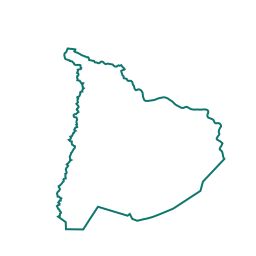 Dom Inocêncio, Piauí, Brazil (Robinson projection), rotated 255°
{"feature_id": "56859067B88808375837925", "entity_name": "Dom Inocêncio", "entity_type": "district", "adm_level": 2, "iso_a3": "BRA", "parent_name": "Brazil", "parent_adm1": "Piauí", "projection": "robinson", "projection_center": [-41.762, -8.923], "detail": "fine", "context": "isolated", "style": "outline", "palette": "teal", "viewbox_px": 256, "rotation_deg": 255, "n_neighbors": 0, "source": "geoboundaries", "source_scale": "gbopen_adm2", "svg_char_len": 4370}
<svg xmlns="http://www.w3.org/2000/svg" viewBox="0 0 256 256"><g transform="rotate(255 128 128)"><path d="M60.5,37.5L53.2,43.5L46.3,41.9L41.6,58.5L49.1,66.7L59.7,78.6L43.4,104.9L44.5,107.5L39.1,108.6L36.0,112.9L35.8,120.2L35.6,123.5L35.7,129.2L36.3,134.6L36.8,138.8L38.4,150.8L42.9,164.5L47.2,177.6L48.5,181.7L56.8,186.5L60.9,193.2L73.2,213.1L74.1,212.7L75.7,212.5L77.0,212.6L79.0,212.8L81.1,212.7L83.5,211.1L84.5,211.4L85.1,211.8L86.7,213.7L88.7,215.3L89.4,214.9L91.1,213.7L93.5,211.3L94.1,210.9L94.9,210.9L96.2,212.1L98.0,214.3L98.7,214.7L100.2,214.7L101.0,214.7L102.7,215.6L104.5,217.1L104.9,217.7L105.5,218.3L106.2,218.5L107.0,218.4L107.9,218.1L108.9,217.3L109.4,216.4L109.7,214.5L110.0,213.7L110.7,213.1L113.3,212.7L114.4,212.1L115.8,210.2L117.1,208.5L117.6,208.0L118.9,207.8L120.1,208.1L121.2,208.8L121.7,209.2L122.7,209.7L123.8,209.8L124.9,209.2L125.8,207.7L126.4,205.9L126.6,204.3L127.0,202.7L128.2,198.7L128.5,197.1L129.0,195.7L129.5,194.5L130.4,193.1L132.9,190.8L133.4,189.6L133.1,186.7L133.4,185.3L134.0,184.4L135.3,183.2L136.0,182.3L137.8,180.4L138.8,179.6L142.0,177.7L142.6,177.3L144.2,175.7L146.2,174.1L147.4,172.6L147.9,171.8L148.5,170.0L148.8,165.4L148.4,162.2L148.3,160.3L148.4,159.4L148.9,154.8L149.3,153.0L149.8,151.8L150.5,151.1L151.8,150.8L154.3,150.6L158.3,151.2L159.2,151.0L160.1,150.8L161.0,150.3L161.7,149.7L162.5,148.6L162.7,147.4L162.4,146.4L162.5,145.4L163.7,144.7L164.5,144.5L167.4,144.6L168.7,143.9L169.8,144.0L170.9,144.1L171.8,143.8L172.8,143.0L173.2,141.8L173.4,140.6L174.0,139.8L175.8,139.4L177.2,136.8L179.1,137.1L180.3,136.3L183.0,136.2L183.9,136.1L184.9,136.2L185.1,137.0L185.3,138.0L185.3,139.4L185.7,140.0L187.0,139.4L188.4,138.5L190.4,137.8L190.4,136.9L190.3,136.0L191.0,134.9L190.3,132.8L190.5,131.9L191.3,130.7L192.4,130.1L193.0,129.8L193.5,129.3L194.4,127.2L195.3,125.4L195.5,124.5L195.4,123.4L195.7,122.7L196.6,121.9L198.1,121.0L198.9,120.1L199.0,119.3L198.8,118.4L198.2,117.4L198.1,116.4L199.5,114.4L200.0,113.0L201.6,112.5L202.2,110.9L202.9,109.9L203.6,108.1L205.5,108.2L206.2,108.1L206.8,107.6L206.8,106.8L207.8,105.7L208.4,104.8L208.9,104.1L209.7,103.1L210.3,102.1L211.9,100.7L212.9,99.6L213.8,98.6L215.1,96.6L216.0,96.0L216.9,97.2L217.5,97.5L218.1,96.2L220.4,90.3L218.6,88.9L217.7,88.3L217.0,87.5L216.7,86.3L216.0,85.9L215.4,85.5L214.5,85.3L211.9,85.2L211.1,85.3L210.6,85.7L209.2,87.9L208.5,89.0L207.9,89.0L206.8,91.3L205.9,91.7L205.3,92.0L204.8,92.5L203.4,92.6L202.8,93.3L202.4,93.9L202.1,95.0L201.8,96.2L201.7,97.0L201.0,98.3L200.4,98.2L199.1,97.9L198.1,98.4L197.3,97.9L197.1,97.0L197.4,95.5L197.3,94.5L196.2,94.5L195.4,93.8L194.4,93.1L193.9,93.9L192.7,94.1L191.9,93.8L191.3,93.1L191.2,92.3L189.6,91.8L188.4,92.1L187.3,91.4L186.6,92.6L186.2,93.6L185.3,93.8L184.6,94.1L183.5,94.5L182.8,94.7L183.1,95.6L182.8,96.3L182.1,95.6L181.3,95.0L180.2,94.8L179.5,95.1L178.4,94.7L177.8,95.5L177.4,94.8L176.5,93.8L175.8,93.4L175.0,93.3L175.2,92.2L175.1,91.3L174.2,90.8L173.3,90.8L172.3,90.0L171.2,89.1L171.0,88.2L171.0,87.1L170.4,86.8L169.3,87.5L168.6,86.9L167.5,86.2L166.6,86.3L165.7,86.3L164.7,84.4L162.5,85.6L161.1,85.8L160.4,84.9L159.8,84.4L159.7,83.6L158.9,83.2L157.8,83.8L157.0,84.3L156.2,84.3L155.7,83.0L154.8,81.3L155.1,80.4L155.0,79.6L154.5,78.8L153.5,78.6L152.7,78.8L152.2,79.4L151.5,81.0L149.2,81.0L148.6,80.5L147.2,79.7L145.7,79.7L144.9,79.8L144.6,78.9L143.8,79.2L142.0,79.1L142.1,77.8L141.3,76.5L140.3,75.7L138.9,76.6L138.8,75.6L137.4,74.7L137.4,73.9L136.1,73.0L135.5,72.4L134.6,71.6L134.6,70.1L133.4,70.4L132.6,70.0L131.9,68.9L131.8,67.8L130.2,68.8L129.5,70.2L127.7,69.7L126.3,69.7L125.5,70.6L124.8,71.0L124.2,72.0L122.8,71.6L122.2,71.1L121.6,69.9L120.9,69.3L119.6,68.0L119.0,67.5L118.7,66.6L117.7,66.1L117.0,65.8L116.1,64.8L115.4,64.3L113.7,64.2L112.4,63.9L111.7,64.8L111.4,63.8L110.1,62.1L109.3,60.8L108.7,59.4L107.0,60.4L105.9,59.1L105.1,57.9L104.1,57.2L100.7,57.2L100.0,56.5L100.0,55.6L98.9,55.5L97.9,55.0L96.3,55.0L95.4,54.8L95.5,53.6L95.4,52.7L94.9,52.3L93.8,52.3L93.1,52.0L92.7,51.1L92.1,50.3L91.3,49.4L90.2,47.5L89.8,46.0L88.9,45.8L87.4,46.4L86.4,46.3L85.2,45.2L84.5,43.7L83.3,42.5L80.8,42.4L79.9,42.3L79.6,43.5L78.7,44.0L77.3,45.4L76.2,44.1L75.3,44.2L75.3,42.9L74.0,41.3L73.6,41.8L72.6,42.3L71.6,42.0L71.5,40.2L71.0,39.1L69.8,39.4L68.7,39.5L67.8,39.8L67.0,40.5L65.8,40.4L65.1,41.1L64.5,41.2L63.5,41.4L63.0,40.3L62.0,39.8L60.7,39.4L60.8,38.4L60.5,37.5Z" fill="none" stroke="#0f766e" stroke-width="2"/></g></svg>